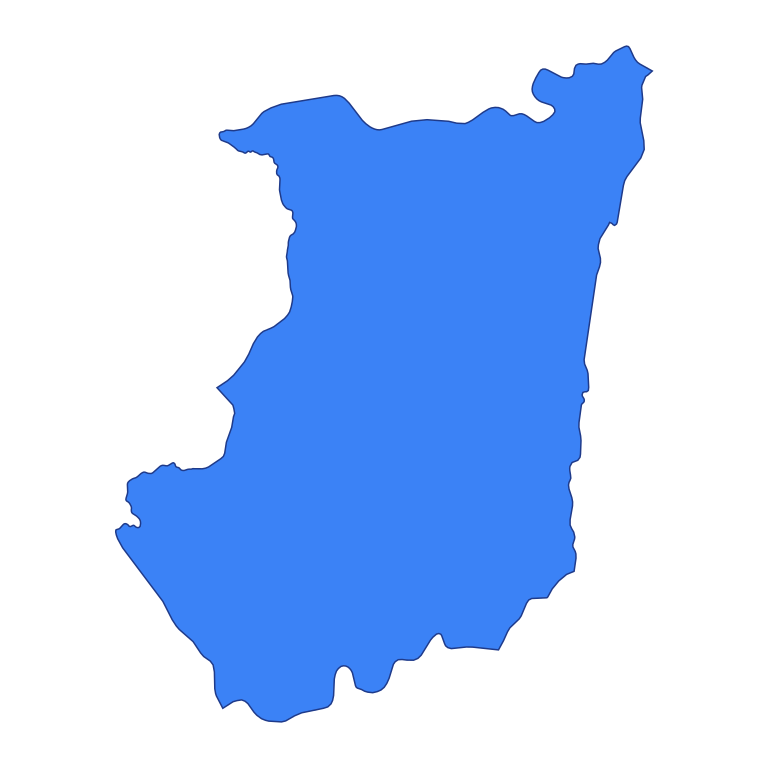 the border of Nord-Kivu
{"feature_id": "COD-1898", "entity_name": "Nord-Kivu", "entity_type": "Province", "adm_level": 1, "iso_a3": "COD", "parent_name": "Democratic Republic of the Congo", "parent_adm1": "", "projection": "natural_earth1", "projection_center": [28.468, -0.551], "detail": "fine", "context": "isolated", "style": "filled", "palette": "blue", "viewbox_px": 768, "rotation_deg": 0, "n_neighbors": 0, "source": "natural_earth", "source_scale": "10m", "svg_char_len": 6082}
<svg xmlns="http://www.w3.org/2000/svg" viewBox="0 0 768 768"><path d="M574.1,571.3L566.6,574.4L558.8,580.9L552.2,588.9L547.8,596.9L547.4,597.3L547.0,597.7L546.5,597.8L531.7,598.5L528.7,600.0L526.5,603.3L521.2,615.9L519.2,618.9L509.9,627.8L507.5,631.8L503.5,640.7L498.5,649.9L472.6,647.1L466.4,647.0L451.3,648.6L447.8,647.6L445.6,645.8L444.6,643.7L441.8,635.9L440.9,634.3L438.9,633.5L436.5,634.1L432.8,637.3L430.5,640.1L421.2,655.2L417.9,658.4L413.6,660.2L406.9,660.1L402.1,659.5L398.2,659.7L395.2,661.7L393.4,664.3L389.1,678.3L386.8,683.4L384.2,687.3L381.0,690.0L377.3,691.6L372.7,692.7L367.6,692.1L364.6,691.2L361.5,689.5L357.4,688.1L356.3,687.3L355.5,685.7L352.4,672.8L351.2,670.4L349.6,668.4L347.8,666.9L345.7,666.0L343.5,665.8L341.0,666.4L338.4,668.5L336.5,671.0L335.2,674.6L334.3,679.0L333.6,695.5L332.6,700.4L331.0,703.9L327.8,706.9L323.4,708.3L301.7,712.8L294.6,715.8L285.7,720.9L281.5,721.9L268.7,721.1L265.5,720.3L261.5,718.7L256.9,715.3L254.0,712.2L247.9,703.6L245.0,701.2L241.6,699.9L237.0,700.6L233.1,701.7L222.8,708.3L216.4,695.9L215.6,693.5L214.8,688.8L214.4,671.9L213.1,664.9L210.3,661.1L203.7,656.5L200.6,652.9L193.1,641.6L179.3,629.5L176.3,626.0L172.2,619.7L162.9,601.4L122.7,547.9L117.7,538.8L116.3,534.9L115.7,531.9L115.9,530.0L116.8,529.5L117.9,529.2L118.9,528.9L119.9,528.2L123.0,524.8L123.9,524.0L124.8,523.7L125.9,523.7L126.8,524.1L127.7,524.6L128.4,525.3L129.0,526.1L129.9,526.5L130.8,526.5L132.5,525.6L133.3,525.3L134.1,525.5L134.8,526.1L135.6,526.8L136.4,527.3L137.4,527.6L138.4,527.6L139.4,527.1L140.1,526.4L140.6,523.5L140.5,522.1L140.3,520.8L139.8,519.8L139.3,518.8L137.9,517.3L136.5,516.0L132.6,513.5L132.2,513.1L131.7,512.4L131.4,511.3L131.3,509.8L131.5,508.1L131.3,506.8L130.9,505.8L129.9,503.9L129.3,503.0L128.6,502.3L127.8,501.7L126.9,501.2L126.2,500.5L125.9,499.5L126.1,498.1L127.4,493.8L127.7,492.0L127.4,484.6L127.6,483.2L128.3,482.0L129.6,480.7L132.4,478.9L134.2,478.2L135.7,477.8L137.0,477.0L138.4,475.9L140.9,473.6L142.5,472.6L143.9,472.1L145.0,472.2L148.0,473.3L150.4,473.5L151.6,473.4L152.9,472.7L160.0,466.4L160.8,465.9L161.8,465.5L162.8,465.3L164.0,465.4L166.2,465.8L167.4,465.8L168.4,465.4L172.2,463.1L172.7,462.9L173.5,462.8L174.2,463.2L174.9,464.0L175.6,466.1L176.2,466.9L177.2,467.3L178.2,467.5L179.1,467.9L180.8,469.7L181.3,470.1L182.3,470.4L183.4,470.5L184.5,470.4L187.5,469.4L188.6,469.2L191.5,469.1L192.7,468.7L202.2,468.8L205.5,468.2L208.5,467.0L220.8,458.7L223.4,456.4L224.7,453.2L226.4,442.2L231.7,427.4L233.5,416.7L234.7,413.4L233.9,408.8L232.9,405.1L217.0,387.7L227.5,380.7L233.7,375.2L244.4,362.0L248.8,354.1L253.4,343.6L257.5,336.9L260.6,333.5L263.4,331.3L270.9,328.2L273.9,326.7L284.5,318.6L287.6,315.1L289.6,312.0L291.2,307.0L292.3,301.6L292.8,296.8L292.6,295.4L290.8,289.7L290.4,287.2L290.1,281.6L290.0,280.3L288.6,275.5L288.1,273.0L287.4,260.8L286.6,257.7L286.5,256.5L287.3,251.6L287.4,250.2L288.3,245.3L288.3,242.7L288.5,241.2L289.5,237.3L290.1,236.1L291.0,235.2L293.2,233.9L294.7,232.1L295.5,230.0L296.4,226.6L296.4,224.7L296.1,223.2L295.7,222.2L295.1,221.3L294.5,220.5L293.1,219.1L292.6,218.3L292.5,217.0L292.9,213.0L292.6,211.7L292.0,210.6L291.1,210.1L288.0,209.1L287.1,208.7L286.3,208.1L284.9,206.6L284.3,205.8L283.6,205.0L283.1,204.2L282.6,203.2L281.4,199.9L279.7,191.1L279.5,189.7L280.0,179.9L279.9,178.2L279.5,177.1L279.0,176.1L277.3,174.8L276.7,173.6L276.6,171.1L277.0,169.5L277.8,167.9L277.9,166.8L277.7,165.7L277.1,164.9L274.7,163.2L274.1,162.2L273.9,161.0L273.7,159.7L273.4,158.5L272.8,157.7L272.0,157.1L271.0,156.8L270.1,156.5L269.6,155.8L268.9,154.5L268.3,154.0L267.4,153.9L262.0,154.9L260.9,154.7L259.8,154.5L257.2,152.9L255.2,152.2L254.3,151.8L253.5,151.2L252.8,150.9L252.0,151.1L251.3,151.7L250.7,152.1L250.0,152.0L249.3,151.5L248.5,151.2L247.7,151.4L246.3,152.7L245.5,153.1L244.5,153.0L242.8,152.0L241.8,151.7L238.6,150.9L237.7,150.4L236.3,149.0L234.0,147.0L228.3,142.9L221.4,140.3L220.5,139.3L219.7,137.7L219.2,134.5L219.7,133.0L220.6,132.1L222.9,131.7L224.0,131.4L226.1,130.2L227.3,130.2L233.7,130.7L243.6,129.1L246.1,128.4L248.6,127.3L251.1,125.8L253.4,123.7L261.8,113.4L264.0,111.6L271.0,107.9L281.3,104.2L334.0,95.5L336.8,95.4L339.5,95.8L342.0,96.8L344.5,98.4L349.2,103.2L362.3,120.3L365.9,123.8L369.9,126.8L372.3,128.1L374.7,129.1L377.0,129.7L379.5,129.9L382.0,129.5L411.6,121.2L427.0,119.7L448.7,121.3L456.8,123.2L465.1,123.6L468.4,122.3L472.5,120.0L483.1,112.3L488.7,109.0L491.2,108.0L495.1,107.4L498.5,107.6L500.7,108.3L503.2,109.3L505.7,111.1L510.0,115.1L510.5,115.5L511.6,115.7L513.7,115.6L519.4,113.8L521.9,113.8L524.3,114.6L526.8,116.0L534.4,121.4L536.9,122.6L540.0,122.6L543.7,121.4L549.5,117.8L552.8,114.8L554.9,111.7L554.7,109.1L553.2,106.7L551.1,105.1L541.4,101.9L539.1,100.7L536.9,99.0L534.9,96.7L533.4,94.3L532.4,91.8L532.1,89.1L532.5,86.2L533.3,83.4L535.8,77.9L538.9,72.5L540.6,70.2L542.8,69.1L545.3,69.1L547.9,70.1L561.5,77.2L563.6,77.7L566.4,78.0L569.2,77.8L572.4,76.3L573.8,73.9L574.5,68.4L576.0,65.3L578.1,64.1L580.2,63.7L586.1,64.1L593.3,63.3L598.5,64.2L601.4,64.0L604.6,62.4L607.3,60.2L613.7,52.5L615.7,51.0L624.5,46.7L626.6,46.1L628.5,46.6L630.0,48.7L633.9,57.3L635.5,59.9L637.5,62.3L639.8,64.0L652.3,71.0L648.1,74.8L645.6,76.5L641.9,85.3L641.6,87.6L642.7,99.2L640.3,118.1L640.2,122.7L643.8,140.7L644.2,149.5L640.8,158.0L627.0,176.5L624.7,180.7L623.4,185.5L617.2,222.3L616.5,224.0L614.6,225.4L613.3,224.8L611.9,223.4L609.6,222.4L608.5,224.9L600.0,238.6L598.4,244.7L598.1,248.5L600.4,258.3L600.5,262.5L599.5,266.8L596.6,275.0L584.1,359.8L584.6,364.0L587.2,370.2L588.0,373.6L588.7,387.3L588.3,390.5L586.7,391.7L584.7,391.8L582.9,392.4L582.1,394.9L582.4,396.2L583.9,398.6L584.3,400.0L584.1,401.7L583.2,402.8L582.1,403.7L581.4,404.9L579.0,422.5L578.9,427.2L580.6,435.9L581.0,440.6L580.5,454.1L580.0,457.3L577.8,460.3L572.1,462.5L569.9,466.5L569.7,468.5L569.8,470.7L570.5,474.9L570.8,478.2L570.0,480.4L569.0,482.4L568.5,485.0L569.0,489.0L571.8,497.6L572.6,501.9L572.5,505.9L570.1,519.7L570.1,525.1L571.7,528.7L573.7,532.1L574.8,537.0L574.6,538.9L572.8,544.5L572.9,546.9L575.2,551.4L575.9,553.9L576.0,558.2L574.1,571.3Z" fill="#3b82f6" stroke="#1e3a8a" stroke-width="1.5"/></svg>